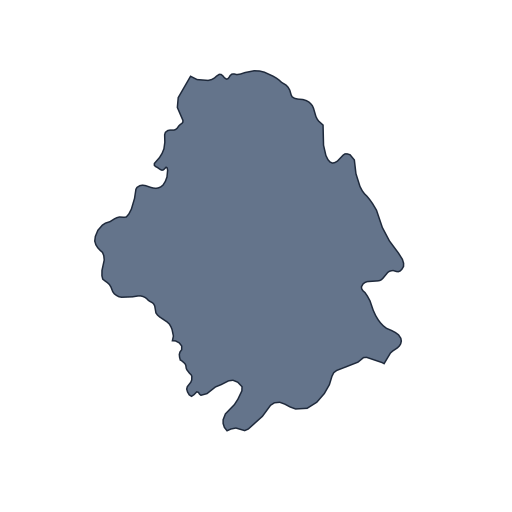 outline of Caras-Severin, rotated 311°
{"feature_id": "ROU-278", "entity_name": "Caras-Severin", "entity_type": "County", "adm_level": 1, "iso_a3": "ROU", "parent_name": "Romania", "parent_adm1": "", "projection": "orthographic", "projection_center": [21.99, 45.13], "detail": "fine", "context": "isolated", "style": "filled", "palette": "slate", "viewbox_px": 512, "rotation_deg": 311, "n_neighbors": 0, "source": "natural_earth", "source_scale": "10m", "svg_char_len": 3419}
<svg xmlns="http://www.w3.org/2000/svg" viewBox="0 0 512 512"><g transform="rotate(311 256 256)"><path d="M129.7,337.2L136.0,336.3L145.0,333.8L148.2,331.2L148.8,325.1L147.1,320.1L143.8,317.2L136.1,314.1L130.6,311.3L120.0,309.3L114.8,305.8L114.7,304.1L115.3,302.0L114.6,300.4L110.8,300.2L107.8,299.4L107.4,296.7L108.5,293.5L110.1,291.0L112.3,289.9L118.0,289.6L120.3,288.8L123.1,286.5L123.8,285.0L123.9,282.7L124.8,278.4L125.5,277.0L127.4,274.8L128.0,273.5L128.2,271.9L128.2,269.6L128.1,267.7L127.8,267.2L129.5,264.7L131.4,262.7L133.7,261.6L136.5,261.4L139.3,259.0L140.1,255.1L139.1,250.9L137.2,248.5L141.4,246.2L145.5,240.8L146.7,238.4L147.8,235.3L147.9,232.1L146.8,223.5L146.8,220.4L147.4,217.8L151.8,212.4L152.6,210.5L152.8,208.7L152.1,205.5L151.9,203.8L152.1,201.8L152.0,199.7L151.3,197.3L150.2,195.1L148.4,193.1L144.2,189.6L136.7,181.6L135.3,179.2L134.7,176.5L134.5,173.9L135.1,171.3L137.4,166.9L138.3,164.1L138.4,161.3L138.1,158.1L138.0,155.5L140.0,152.7L144.1,149.2L153.4,144.1L156.4,140.9L158.0,137.8L158.0,134.8L158.4,131.2L159.4,127.8L161.5,124.5L165.4,121.9L171.7,119.8L178.5,119.8L182.0,120.8L186.2,123.3L191.2,124.8L193.7,125.9L195.9,127.4L198.7,131.1L200.3,132.5L204.2,132.5L209.6,131.2L219.7,126.6L227.6,121.6L229.7,121.2L232.9,122.2L235.0,123.9L236.6,126.4L238.7,131.5L239.9,133.9L241.4,136.1L243.3,137.6L245.7,138.8L248.6,139.3L252.9,138.6L257.2,137.0L262.8,133.0L264.2,131.1L264.0,129.9L261.0,129.7L259.8,129.4L259.0,128.6L258.5,127.1L258.1,123.4L257.6,121.4L257.8,119.7L259.2,118.6L266.9,118.6L271.9,117.8L276.5,116.2L282.0,112.6L287.6,107.5L289.9,106.5L292.8,107.1L294.5,108.4L297.2,111.5L298.7,112.3L300.6,112.7L303.6,112.4L305.7,112.6L307.5,113.1L309.0,113.0L310.4,111.9L316.5,99.2L324.5,93.4L348.7,88.7L350.5,95.8L357.1,104.7L360.1,106.8L363.2,107.9L365.8,108.2L369.0,109.1L370.1,110.6L370.2,112.8L369.8,115.2L370.1,117.7L371.4,118.5L373.2,118.5L375.3,118.1L377.5,118.5L379.0,120.0L380.3,122.5L383.1,124.9L387.3,127.4L394.6,133.1L398.0,137.4L400.2,141.7L402.9,150.9L403.6,154.6L403.9,158.0L403.8,161.4L404.7,166.6L404.4,169.5L403.3,172.7L400.6,176.9L399.8,178.9L400.3,181.7L401.9,184.7L404.9,188.8L406.3,192.1L406.9,195.0L406.8,197.5L406.4,199.9L405.2,202.5L400.5,209.8L399.4,212.5L398.9,214.7L398.8,220.7L383.9,234.3L377.7,242.8L375.9,247.1L375.5,250.3L376.3,252.8L378.2,254.2L381.0,255.2L389.4,255.6L391.5,256.2L393.0,258.0L394.1,260.6L393.0,267.2L383.7,277.4L376.7,288.8L374.9,293.4L374.1,297.1L373.9,300.4L373.2,304.6L372.0,309.6L369.6,316.9L360.4,332.6L354.9,346.8L351.6,361.8L349.5,368.7L347.3,372.2L344.9,374.2L341.6,374.8L339.2,374.6L337.5,373.7L336.5,372.3L335.0,369.0L333.5,367.7L331.9,366.7L330.0,366.2L322.7,366.4L320.4,366.2L318.7,365.5L317.2,364.3L309.6,356.7L307.5,355.6L305.2,355.1L301.9,355.8L300.5,357.4L299.9,359.7L299.9,362.2L298.8,366.4L296.9,371.5L291.9,380.1L289.5,385.4L288.0,390.0L287.2,393.7L286.8,397.8L287.0,401.9L288.7,407.2L289.7,411.5L290.0,415.3L288.9,419.3L287.1,421.5L284.6,422.8L282.2,423.2L279.5,423.0L274.0,421.5L271.0,421.1L264.3,422.3L258.8,423.3L258.3,421.1L252.1,406.0L249.9,403.8L242.8,402.6L222.6,392.0L219.0,391.2L215.1,392.2L207.0,395.8L197.0,397.8L185.5,397.8L174.6,394.5L166.5,386.2L164.4,380.6L163.1,374.9L161.2,369.9L157.3,366.2L152.9,364.9L139.3,366.0L120.4,363.7L116.8,362.0L113.0,353.7L109.0,350.6L108.8,350.5L105.1,348.8L105.9,344.6L108.0,341.1L110.9,338.6L116.8,336.5L129.7,337.2Z" fill="#64748b" stroke="#1e293b" stroke-width="1.5"/></g></svg>